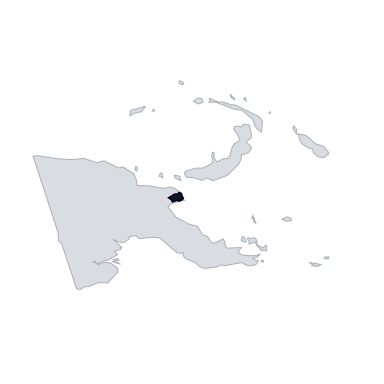 location of Finschafen District, Morobe, Papua New Guinea, rotated 342°
{"feature_id": "67681753B17639415447373", "entity_name": "Finschafen District", "entity_type": "district", "adm_level": 2, "iso_a3": "PNG", "parent_name": "Papua New Guinea", "parent_adm1": "Morobe", "projection": "robinson", "projection_center": [147.737, -6.551], "detail": "fine", "context": "in_parent", "style": "filled", "palette": "ink", "viewbox_px": 384, "rotation_deg": 342, "n_neighbors": 0, "source": "geoboundaries", "source_scale": "gbopen_adm2", "svg_char_len": 5438}
<svg xmlns="http://www.w3.org/2000/svg" viewBox="0 0 384 384"><g transform="rotate(342 192 192)"><path d="M52.3,248.1L52.1,200.8L50.0,197.3L52.1,188.9L51.9,109.1L55.9,109.5L75.2,119.2L88.3,124.3L99.7,126.6L110.2,134.6L117.9,135.1L129.4,146.2L134.1,147.0L142.2,156.4L142.7,163.9L141.8,168.7L154.2,173.3L166.1,179.8L172.6,180.4L176.1,182.7L180.6,188.2L181.4,195.6L178.8,196.9L167.7,196.9L164.6,199.3L169.0,210.9L179.1,221.6L186.7,226.4L188.9,236.0L192.8,239.0L195.2,246.7L199.2,247.5L206.8,246.2L208.0,249.4L206.9,254.2L208.0,256.2L222.0,260.2L217.3,262.8L219.5,267.2L228.6,271.0L234.3,272.4L237.8,271.9L233.8,274.1L230.2,273.5L229.5,274.1L231.0,276.0L233.9,278.0L230.8,280.5L227.8,280.9L222.1,279.2L217.2,274.4L201.9,272.4L196.6,270.3L192.4,271.0L179.9,268.4L175.9,265.0L173.2,260.0L165.8,253.8L164.1,250.8L164.8,246.8L162.8,247.4L158.6,244.5L147.3,225.8L141.6,223.2L127.4,220.0L125.3,216.3L118.7,215.0L117.2,217.4L111.8,219.0L107.2,217.2L102.6,212.7L108.0,223.0L106.1,223.0L107.0,224.6L106.0,224.8L100.0,224.2L101.8,228.5L92.1,230.8L84.8,230.0L81.4,231.1L79.9,231.0L78.0,227.8L75.4,228.4L77.6,228.4L80.4,232.1L86.5,231.6L92.4,234.3L97.4,240.5L97.2,244.7L83.7,252.6L75.9,249.2L64.5,250.1L60.4,248.8L55.3,250.3L52.3,248.1ZM256.2,143.4L259.0,145.6L261.9,143.3L267.3,146.1L266.2,156.3L264.5,159.2L259.9,160.2L259.3,161.7L262.3,167.8L261.1,169.9L257.1,172.2L250.5,171.9L248.7,176.1L245.1,179.8L230.8,187.1L215.4,187.7L210.3,183.2L205.0,184.0L197.8,178.7L191.8,176.5L190.6,174.4L190.8,171.8L192.4,170.2L203.1,170.5L209.9,172.6L218.8,171.3L221.2,169.7L222.2,163.1L223.7,160.4L225.2,161.7L223.3,166.8L225.4,171.3L231.7,170.0L235.8,171.0L238.9,169.7L243.4,162.6L246.9,159.3L253.4,157.7L253.3,152.4L251.1,145.2L252.0,143.1L256.2,143.4ZM334.0,196.2L333.2,198.5L332.8,197.8L329.5,199.9L325.8,199.2L322.5,196.9L319.9,192.7L319.8,188.1L316.2,186.0L311.5,180.0L310.6,176.1L311.0,169.6L317.8,173.4L324.8,184.6L331.5,189.6L334.0,196.2ZM281.0,146.3L276.4,156.6L273.6,152.4L272.5,149.4L272.2,141.6L264.9,129.9L257.4,126.0L242.1,113.8L236.0,111.9L237.6,111.3L237.5,108.3L245.1,114.7L249.8,116.2L256.0,121.1L260.3,122.8L278.8,141.0L281.0,146.3ZM159.0,95.5L173.4,96.0L173.7,97.3L171.8,97.5L169.3,100.0L160.7,99.3L156.9,100.5L156.6,98.8L158.0,98.3L157.8,96.4L159.0,95.5ZM231.8,253.0L234.4,254.7L236.7,254.5L238.3,256.5L238.6,259.8L237.7,260.6L237.0,259.5L230.0,258.9L231.4,257.0L230.1,253.2L231.8,253.0ZM230.2,110.2L225.1,110.2L221.3,106.2L226.3,104.3L230.1,106.1L230.2,110.2ZM242.1,267.3L245.4,265.3L246.2,266.0L244.9,271.1L239.8,268.9L236.4,260.7L242.1,267.3ZM269.1,245.8L274.6,244.9L277.3,247.1L278.1,247.9L277.6,250.0L272.9,249.1L269.1,245.8ZM281.8,295.2L292.2,300.8L288.4,301.7L285.1,300.2L284.7,298.8L283.4,299.3L284.0,298.3L281.8,295.2ZM184.8,177.8L180.2,173.5L180.4,170.7L185.3,173.2L184.8,177.8ZM228.3,256.1L227.0,256.2L223.9,253.3L225.8,250.0L227.9,251.2L228.3,256.1ZM309.5,169.4L307.5,162.5L309.2,160.4L311.0,164.8L309.5,169.4ZM168.8,169.4L165.6,166.7L167.9,164.2L169.3,165.5L168.8,169.4ZM217.6,86.5L215.8,87.0L213.4,84.8L214.1,82.3L216.8,83.9L217.6,86.5ZM147.6,152.5L145.7,154.9L144.4,153.0L146.5,150.3L147.6,152.5ZM242.9,233.1L243.0,241.4L241.5,239.8L242.2,236.3L240.7,235.4L242.9,233.1ZM98.6,235.3L101.8,238.7L94.2,233.2L98.6,235.3ZM101.3,234.5L97.2,233.1L96.4,232.0L101.2,232.5L101.3,234.5ZM302.0,296.0L301.7,297.1L299.0,297.3L297.2,295.7L299.0,296.1L298.7,294.9L302.0,296.0ZM271.7,118.4L271.8,122.2L269.9,119.5L271.7,118.4ZM261.5,116.3L260.8,117.3L258.8,114.7L259.2,114.1L261.5,116.3ZM238.7,279.0L238.4,280.6L236.5,279.8L236.8,278.7L238.7,279.0ZM259.9,113.4L258.4,113.8L258.7,111.2L259.9,113.4ZM181.2,101.4L181.4,103.3L179.3,102.8L181.2,101.4ZM291.0,139.7L290.7,141.4L289.6,140.8L291.0,139.7Z" fill="#d9dde1" stroke="#a8b0b8" stroke-width="1"/><path d="M180.6,189.1L180.4,189.1L180.2,189.0L179.9,189.0L179.7,189.0L179.6,188.9L179.4,188.9L179.4,189.0L179.3,188.9L179.3,189.0L179.2,189.0L178.9,189.0L178.8,189.3L178.7,189.4L178.6,189.5L178.6,189.4L178.4,189.3L178.2,189.5L177.9,189.6L177.7,189.6L177.6,189.4L177.4,189.4L177.4,189.5L177.2,189.7L176.9,189.2L176.3,188.9L174.2,188.7L173.6,188.9L167.9,190.2L170.3,193.7L170.3,193.8L170.2,193.8L170.1,194.0L170.1,194.3L170.1,194.5L170.2,194.8L170.3,194.9L170.3,195.0L170.3,195.3L176.3,195.4L176.4,196.6L176.5,196.6L176.9,196.7L177.0,196.6L177.3,196.5L177.5,196.6L177.8,196.7L177.9,196.4L178.0,196.4L178.3,196.4L178.3,196.5L178.5,196.6L178.8,196.6L179.2,196.5L179.3,196.6L179.5,196.6L179.8,196.4L180.0,196.4L180.3,196.4L180.5,196.3L180.7,196.2L180.8,196.1L181.0,195.9L181.2,195.6L181.3,195.5L181.5,195.4L181.6,195.2L181.7,194.9L181.6,194.7L181.6,194.4L181.6,194.2L181.4,194.2L181.2,194.1L180.9,194.1L181.0,194.0L181.2,193.8L181.3,193.8L181.5,193.8L181.5,193.7L181.4,193.7L181.4,193.4L181.5,193.3L181.5,193.2L181.4,193.2L181.4,193.3L181.4,193.5L181.3,193.3L181.3,193.2L181.2,193.1L181.1,192.9L181.1,192.7L181.1,192.4L181.3,192.2L181.4,191.9L181.3,191.6L181.4,191.4L181.5,191.3L181.5,191.2L181.5,190.9L181.5,190.7L181.4,190.5L181.4,190.4L181.3,190.2L181.2,189.9L181.1,189.7L180.9,189.4L180.7,189.2L180.6,189.1ZM181.8,195.1L181.7,195.1L181.8,195.1ZM182.5,197.7L182.4,197.6L182.5,197.7L182.5,197.7ZM182.6,197.8L182.6,197.7L182.6,197.8L182.6,197.8ZM181.7,195.5L181.7,195.4L181.6,195.5L181.7,195.5ZM180.4,196.4L180.5,196.4L180.4,196.4L180.4,196.4ZM182.7,197.7L182.8,197.7L182.7,197.7L182.7,197.7ZM180.1,196.5L180.0,196.4L180.0,196.5L180.1,196.5Z" fill="#0f172a" stroke="#020617" stroke-width="1.5"/></g></svg>